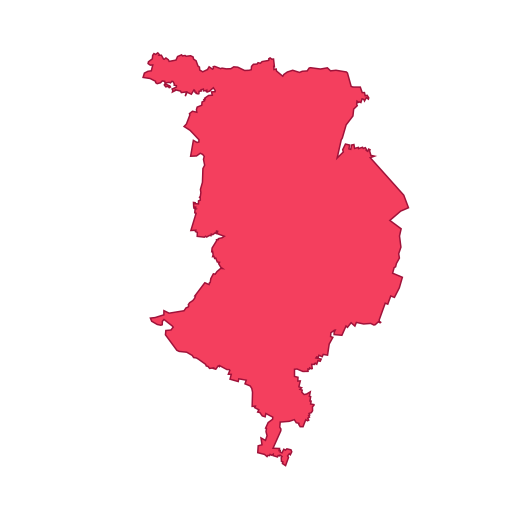 Manlio Fabio Altamirano, Veracruz, Mexico (Robinson projection), rotated 12°
{"feature_id": "50627088B96625037975079", "entity_name": "Manlio Fabio Altamirano", "entity_type": "district", "adm_level": 2, "iso_a3": "MEX", "parent_name": "Mexico", "parent_adm1": "Veracruz", "projection": "robinson", "projection_center": [-96.354, 19.086], "detail": "fine", "context": "isolated", "style": "filled", "palette": "rose", "viewbox_px": 512, "rotation_deg": 12, "n_neighbors": 0, "source": "geoboundaries", "source_scale": "gbopen_adm2", "svg_char_len": 6068}
<svg xmlns="http://www.w3.org/2000/svg" viewBox="0 0 512 512"><g transform="rotate(12 256 256)"><path d="M328.5,454.9L329.7,446.2L328.4,445.0L329.7,442.5L330.9,443.3L331.7,440.1L330.5,438.3L326.3,438.2L325.1,439.8L323.4,439.2L322.3,443.2L320.3,442.7L320.2,441.1L319.0,441.5L319.0,439.4L312.6,440.5L316.6,421.8L316.3,420.0L314.8,418.5L314.2,413.4L322.9,410.8L327.5,408.1L330.0,410.7L332.8,410.8L332.9,411.9L334.7,413.8L337.5,413.2L338.7,405.8L340.6,406.5L341.7,405.6L340.3,403.9L341.8,402.5L340.6,401.2L341.6,400.4L340.6,399.0L342.7,397.7L343.5,395.6L342.6,391.8L343.7,390.0L343.6,389.3L340.2,389.4L340.1,386.5L338.9,386.6L338.7,382.2L337.4,382.2L337.3,377.6L334.2,380.5L331.8,381.5L329.1,379.7L329.1,377.6L326.7,377.3L328.0,375.4L325.1,375.0L325.3,369.0L322.9,369.6L322.3,365.9L318.7,365.8L317.2,358.8L319.6,358.0L325.9,359.2L330.9,358.0L330.3,355.8L331.5,355.8L331.7,354.3L333.4,354.9L334.4,354.4L333.0,350.4L335.8,349.9L335.6,349.0L336.4,348.5L337.9,349.2L338.4,345.5L340.7,345.6L341.2,343.3L335.8,343.3L336.4,342.0L338.0,341.9L338.2,340.0L341.7,340.8L342.2,338.3L346.6,338.1L345.9,326.9L348.1,319.6L345.7,319.3L345.2,315.5L348.1,312.3L348.9,312.0L348.3,314.4L348.7,316.6L356.5,315.7L358.6,305.8L360.3,306.8L362.9,301.5L367.3,304.0L368.0,300.1L375.4,300.1L382.2,298.1L385.7,299.0L386.9,298.4L389.3,295.0L391.3,295.5L391.7,294.9L390.1,294.2L389.8,292.8L392.2,275.3L394.9,275.7L396.1,267.1L400.0,267.7L402.8,257.4L403.6,246.4L393.2,244.4L393.5,238.7L394.8,237.5L394.9,234.1L396.7,228.2L395.1,224.1L395.9,217.2L392.2,206.6L392.3,199.2L379.5,193.4L388.2,182.0L395.1,177.1L387.9,165.8L347.3,136.1L351.1,133.7L347.5,133.7L345.3,129.7L345.4,128.3L343.9,128.0L343.5,130.4L341.8,129.7L341.9,128.9L340.4,127.3L338.6,128.5L337.6,127.5L334.0,129.6L333.5,128.5L330.1,130.3L328.6,126.6L326.4,127.6L326.5,132.0L324.6,131.9L324.5,128.0L320.2,127.9L318.7,134.0L319.8,136.1L315.0,143.3L315.2,124.7L315.9,122.7L316.9,109.0L321.7,98.9L321.0,92.0L323.8,87.9L322.9,86.7L322.6,83.5L323.8,84.0L323.8,84.7L325.3,83.8L326.7,84.1L327.1,80.2L328.9,80.4L329.9,81.8L331.0,78.2L333.3,79.2L333.4,77.9L331.3,75.7L329.5,76.5L328.1,73.6L325.9,74.1L322.9,69.1L315.6,70.6L313.8,70.3L307.4,58.0L306.1,57.2L295.6,57.7L290.4,59.4L286.7,57.1L280.2,59.7L270.1,60.5L268.9,61.1L267.6,64.3L262.8,65.7L260.4,67.4L253.3,66.7L248.4,69.5L245.5,72.6L244.8,74.6L237.6,70.8L236.8,68.9L234.8,69.9L233.9,66.9L234.6,66.9L232.2,59.7L230.6,60.2L228.6,59.3L227.5,60.4L227.9,61.5L227.4,62.2L221.5,64.6L220.2,66.6L217.8,66.5L217.0,68.1L213.6,69.0L212.2,71.4L212.6,74.8L210.6,75.8L206.3,76.9L198.9,75.1L194.9,75.6L192.5,78.0L188.2,79.1L183.7,79.3L182.4,80.1L176.2,79.1L174.8,79.7L175.3,81.5L174.6,82.3L170.8,80.7L169.8,83.7L165.6,86.9L162.3,85.8L161.4,83.0L159.7,82.2L156.8,77.5L154.0,76.4L153.1,74.4L150.4,73.7L146.1,75.2L145.0,74.6L142.4,75.6L141.4,74.7L137.8,77.2L137.0,81.0L130.6,83.7L129.5,82.3L126.7,81.0L125.3,82.7L124.6,82.6L121.7,79.3L119.6,79.8L119.9,79.3L117.7,77.7L115.9,79.7L114.1,79.2L113.2,81.2L113.6,84.7L110.4,88.4L110.4,90.2L112.9,91.3L115.3,90.6L115.1,96.6L111.9,97.8L108.8,100.3L108.4,104.8L115.5,104.4L121.4,106.0L121.8,107.3L123.5,108.0L126.6,106.4L127.9,104.3L130.4,104.1L131.3,106.5L130.7,107.7L132.5,109.3L134.9,108.4L136.1,109.4L137.2,108.5L136.3,107.5L131.4,106.6L131.4,105.6L134.9,104.2L136.3,104.5L137.4,102.6L138.5,102.6L140.3,104.6L140.4,105.9L142.7,105.9L143.0,107.4L139.2,110.1L140.3,111.6L140.2,112.9L142.8,110.8L142.6,110.2L147.9,110.4L149.0,111.7L153.9,109.9L153.6,114.4L154.5,110.1L159.1,111.2L160.8,106.4L161.6,106.8L162.2,108.4L163.5,108.4L163.6,109.4L165.7,109.5L166.4,109.1L166.1,106.7L168.1,106.0L167.7,104.8L169.8,103.7L170.3,105.4L172.2,104.6L172.8,105.1L173.4,104.1L174.1,105.8L176.2,104.5L179.3,100.3L181.8,102.8L181.8,103.8L178.4,104.7L179.8,107.8L176.3,108.8L173.0,112.3L173.7,113.0L172.5,113.9L173.4,114.8L171.2,116.6L171.6,119.8L167.5,122.6L167.3,125.2L168.2,127.7L163.8,127.6L161.3,130.6L162.0,131.8L160.5,141.4L158.7,144.3L165.4,146.8L176.0,154.1L176.4,156.4L174.7,157.2L170.7,155.9L171.3,172.0L177.0,170.5L180.1,167.1L182.7,167.7L184.7,169.4L184.5,172.3L186.9,177.9L185.9,181.5L188.3,195.1L187.8,202.4L188.9,205.5L189.2,210.3L188.0,210.0L189.4,210.8L189.9,213.0L188.3,214.0L188.9,217.0L185.6,217.5L185.4,216.5L183.7,216.6L184.9,221.1L186.9,220.7L187.0,221.4L185.4,221.7L185.5,222.3L187.4,222.5L186.7,223.0L187.1,226.5L188.5,226.7L187.0,244.6L191.8,243.3L191.7,244.7L193.7,245.1L194.4,249.0L201.6,248.3L202.5,247.2L203.8,247.7L206.1,245.6L207.8,245.5L207.7,243.9L209.3,244.1L211.2,241.9L212.2,242.2L212.2,239.8L213.4,239.8L213.3,242.2L220.9,243.3L219.1,245.2L215.6,246.8L215.7,247.8L214.0,248.3L214.3,249.2L211.4,257.3L211.8,261.0L212.6,260.6L213.8,263.7L213.7,265.6L214.8,265.1L216.1,267.0L217.0,266.4L219.4,269.9L221.6,269.8L221.1,271.3L224.0,274.4L225.9,275.2L224.1,275.4L221.1,279.3L219.9,282.2L218.0,282.3L216.5,287.5L216.7,291.5L216.0,292.0L216.0,293.7L211.5,292.8L204.5,307.7L205.1,307.7L204.8,310.0L203.5,312.7L200.8,315.5L199.9,317.7L200.6,318.9L200.0,320.3L198.4,321.2L197.0,324.5L182.9,330.0L177.3,328.6L178.1,332.7L170.1,337.2L165.6,338.7L167.5,341.5L173.6,343.5L177.3,343.5L178.6,342.7L178.0,339.4L179.2,337.2L188.7,341.9L189.8,342.8L188.2,346.1L183.3,347.6L183.8,351.9L198.2,364.7L200.7,365.3L208.2,364.5L214.3,366.5L216.1,368.3L218.9,368.1L221.4,369.0L229.2,372.4L230.2,373.9L232.0,374.0L234.0,375.6L237.7,374.3L237.6,374.9L240.2,375.1L241.9,371.3L243.2,371.8L243.2,370.8L251.1,373.1L253.5,372.7L254.2,373.3L253.5,377.4L256.4,376.9L256.2,381.9L264.7,382.5L264.7,379.7L272.3,379.5L271.8,383.3L277.3,384.3L279.4,386.4L280.9,389.9L283.5,403.9L286.6,403.0L286.2,404.6L290.7,405.8L290.1,408.3L292.3,408.3L295.4,411.1L298.4,411.4L298.4,408.0L305.9,410.1L306.2,412.2L302.5,416.4L301.2,422.4L302.1,422.5L302.3,425.7L304.2,429.5L303.6,434.4L298.7,432.9L301.1,439.4L297.6,441.2L298.6,448.0L305.6,448.3L308.5,449.9L309.0,448.6L310.7,448.4L311.0,447.1L312.7,447.6L314.1,446.3L314.3,447.7L318.8,448.1L319.2,446.5L320.7,446.6L320.9,445.8L323.1,446.7L322.6,448.1L323.6,451.6L325.1,451.8L325.0,453.5L328.5,454.9Z" fill="#f43f5e" stroke="#9f1239" stroke-width="1.5"/></g></svg>